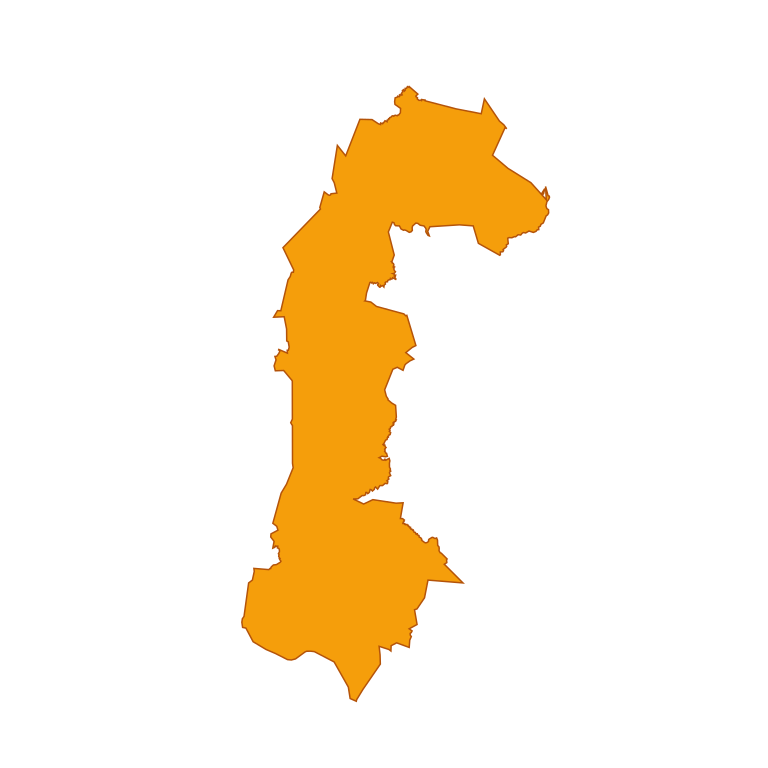 Tamazula, Durango, Mexico (orthographic projection), rotated 42°
{"feature_id": "50627088B45533435131247", "entity_name": "Tamazula", "entity_type": "district", "adm_level": 2, "iso_a3": "MEX", "parent_name": "Mexico", "parent_adm1": "Durango", "projection": "orthographic", "projection_center": [-106.644, 24.97], "detail": "fine", "context": "isolated", "style": "filled", "palette": "amber", "viewbox_px": 768, "rotation_deg": 42, "n_neighbors": 0, "source": "geoboundaries", "source_scale": "gbopen_adm2", "svg_char_len": 6158}
<svg xmlns="http://www.w3.org/2000/svg" viewBox="0 0 768 768"><g transform="rotate(42 384 384)"><path d="M267.8,104.9L275.4,118.1L253.3,131.4L225.7,145.7L224.5,145.5L224.5,146.0L224.0,145.9L221.6,147.4L222.2,148.3L221.2,148.6L220.3,149.8L217.9,149.9L217.4,148.9L215.4,149.1L215.0,148.7L215.2,145.9L203.8,146.1L204.1,146.8L202.4,147.3L202.9,149.2L201.9,150.2L203.2,151.5L203.1,152.8L201.6,152.2L201.3,153.6L202.4,154.4L202.5,156.5L204.0,157.0L203.5,157.8L202.2,158.3L202.1,158.9L203.0,159.4L203.0,160.5L201.6,160.9L201.9,161.9L200.8,163.9L203.0,167.1L205.1,168.9L211.9,168.1L214.7,171.5L214.9,174.3L214.4,174.7L214.4,175.7L212.4,176.8L212.0,178.5L211.2,178.6L210.6,179.5L210.7,180.6L210.0,182.3L210.5,183.3L209.9,183.8L210.3,184.8L209.8,185.8L210.8,187.0L208.6,187.7L208.9,190.3L208.5,190.7L208.8,191.5L206.9,192.3L207.8,193.5L205.6,194.4L198.2,195.5L189.0,203.4L202.9,240.1L189.7,237.9L208.0,266.1L212.3,267.7L221.2,273.7L217.3,278.1L217.7,279.2L217.2,280.3L215.9,280.8L211.0,281.2L218.2,295.8L219.7,296.5L217.7,350.3L240.5,359.6L241.9,361.6L240.8,362.5L240.8,363.6L242.4,366.8L243.0,370.8L258.3,398.6L255.8,400.7L257.3,408.2L264.8,400.8L274.8,408.3L282.9,417.1L284.6,416.7L288.9,420.1L290.3,422.9L289.5,423.7L291.6,425.7L282.7,428.7L282.9,429.2L284.5,428.9L285.4,431.8L285.7,435.2L284.5,436.5L287.6,438.3L290.2,444.1L294.4,446.9L300.4,441.1L313.2,442.9L314.0,443.3L339.4,471.4L340.6,475.2L343.8,476.2L369.1,504.2L372.5,507.0L378.6,523.7L380.6,533.9L394.6,561.9L399.5,561.5L403.0,563.6L400.3,571.0L402.2,573.5L407.6,574.5L411.2,580.4L411.5,579.7L411.3,579.0L411.9,578.8L411.6,577.2L412.3,577.3L412.4,576.6L413.6,575.6L414.4,577.1L416.0,576.6L417.3,577.3L418.6,578.7L419.1,580.8L420.0,580.9L421.1,582.6L422.4,583.0L422.8,583.6L423.4,583.3L423.5,584.0L424.2,584.3L426.0,584.6L426.2,585.8L424.9,590.2L422.9,592.5L422.6,595.3L423.2,596.9L422.8,597.0L422.6,599.0L410.7,608.1L413.0,610.1L417.4,617.8L416.5,622.4L435.5,650.4L435.8,653.2L437.8,656.2L441.8,659.5L444.7,657.8L459.2,663.1L474.0,660.2L483.7,656.9L496.7,653.4L499.8,651.1L502.2,647.5L504.6,636.0L505.3,634.4L508.2,631.7L511.3,629.5L532.9,623.9L560.3,633.1L569.3,640.4L575.7,638.3L574.9,636.9L572.7,625.1L568.7,594.6L562.4,588.0L555.9,582.2L565.3,578.0L567.8,577.8L564.4,573.7L566.6,567.9L579.0,562.9L574.5,557.1L573.3,553.4L571.4,553.0L570.3,551.8L570.6,550.4L570.1,548.7L566.5,549.1L569.5,540.6L557.7,531.3L559.0,529.1L557.2,515.8L547.9,500.3L575.8,479.0L549.4,477.6L550.2,474.7L548.0,472.7L548.0,471.8L539.7,471.4L538.8,471.8L536.5,471.1L534.8,469.0L533.5,468.1L532.0,468.1L528.2,464.2L526.1,463.2L525.3,464.7L522.9,465.3L522.3,465.9L521.3,469.2L521.5,470.1L522.3,471.0L522.3,472.5L521.3,474.2L520.3,474.6L517.1,474.9L516.3,474.8L516.0,474.1L514.2,473.7L512.6,474.2L511.4,473.2L509.3,473.8L508.9,473.1L508.0,474.1L506.7,473.3L505.5,474.0L503.5,472.9L503.2,473.6L501.9,473.2L501.3,473.9L500.5,473.3L499.9,473.6L499.5,472.8L498.5,473.4L497.9,473.0L497.2,473.4L496.4,472.8L496.0,473.2L495.0,473.0L494.3,474.0L493.6,474.0L493.9,474.8L492.9,473.9L491.4,475.0L490.7,473.8L490.9,472.8L490.3,472.4L490.2,471.5L487.9,471.6L486.2,473.0L477.7,459.5L472.7,464.5L453.1,477.4L449.2,486.8L438.0,490.1L441.4,486.8L442.4,481.5L443.7,480.4L444.4,478.7L443.1,476.8L443.8,476.1L445.2,476.4L445.5,475.5L445.5,474.0L444.3,471.6L445.2,471.1L447.0,471.3L447.3,468.8L446.5,467.4L446.6,466.2L449.6,466.4L448.9,462.3L450.9,460.4L451.3,457.1L453.0,456.0L453.0,455.3L452.0,453.9L450.9,454.0L451.2,451.3L450.3,451.2L449.5,450.0L450.3,447.6L447.5,446.4L447.2,445.8L447.3,444.2L446.3,444.2L445.7,442.9L443.7,442.1L441.0,439.2L439.8,437.2L437.6,435.8L436.3,439.5L434.4,439.1L435.1,439.6L435.1,440.6L433.3,441.7L431.1,441.5L429.7,442.0L430.8,439.0L433.8,437.1L434.9,435.5L432.3,433.8L431.3,434.2L430.6,433.6L429.6,433.7L429.0,432.3L428.1,432.0L428.0,429.8L427.0,429.8L425.3,428.8L425.2,429.7L423.7,429.7L423.7,428.1L422.7,424.7L423.4,423.2L422.4,421.6L422.8,420.7L422.0,420.4L422.2,419.1L421.8,418.2L422.4,417.5L421.4,415.6L419.6,415.6L419.5,414.4L418.1,414.1L418.5,412.9L417.6,411.5L418.3,410.3L417.9,409.3L418.6,408.3L418.2,407.3L417.5,407.5L416.7,406.6L417.3,406.0L416.8,405.5L417.6,404.0L417.1,402.5L416.6,402.9L415.3,400.3L406.9,392.1L402.3,393.0L397.5,393.1L397.0,392.4L394.0,391.6L388.4,387.9L380.7,367.1L382.7,362.7L389.0,361.1L386.8,355.9L386.8,354.2L387.8,349.5L389.5,345.5L379.2,346.1L380.5,337.9L382.0,334.1L355.0,317.7L354.5,318.8L351.9,318.6L326.5,331.4L319.4,331.9L314.2,335.0L314.3,334.4L310.1,328.0L305.6,318.0L306.1,317.2L307.1,317.3L307.5,316.2L309.0,316.7L309.2,315.2L310.4,314.9L311.3,312.9L313.0,313.2L312.8,314.4L313.2,314.8L315.9,315.0L316.3,314.7L315.6,313.1L316.5,313.2L317.2,311.8L319.0,312.0L317.9,310.3L318.2,308.8L317.0,307.8L317.2,306.7L318.2,305.7L317.5,304.6L318.0,303.1L318.7,302.6L318.1,301.3L319.1,301.3L319.7,300.6L319.3,299.3L322.7,298.4L322.6,298.0L320.6,297.5L320.4,296.6L319.6,296.8L320.0,295.8L319.8,295.3L318.8,296.1L317.7,295.5L316.8,295.9L317.6,294.7L317.4,292.9L315.9,292.8L314.7,292.2L314.0,291.3L313.2,291.3L313.5,290.0L312.2,290.3L311.7,288.9L310.4,288.2L309.0,288.5L308.7,288.0L307.6,288.1L307.8,287.3L305.3,281.3L285.5,268.1L281.9,258.2L283.5,257.5L285.1,258.5L286.7,258.6L289.7,256.2L292.9,257.4L295.6,256.7L295.9,256.0L297.6,255.1L301.3,254.4L302.3,252.8L302.3,250.9L300.4,249.1L299.5,247.4L300.0,243.1L301.7,242.0L304.7,241.8L307.9,239.8L310.7,240.3L312.1,241.1L312.8,242.5L313.9,243.2L317.3,244.1L318.6,243.6L314.3,241.3L312.9,236.4L333.5,215.3L344.5,206.8L360.0,216.3L383.9,210.9L384.0,210.1L382.1,208.1L383.8,206.2L383.6,204.9L382.5,204.4L383.2,200.5L383.1,199.7L381.8,198.7L382.5,196.6L378.4,192.9L378.9,191.6L381.2,189.7L382.2,187.4L383.3,186.5L383.8,183.3L385.9,181.8L385.8,179.4L386.3,178.1L388.2,177.0L389.4,173.3L393.6,171.4L394.8,168.9L394.7,166.8L395.7,165.7L393.9,164.0L394.6,162.1L393.8,160.4L394.6,157.7L392.0,150.6L392.4,148.8L391.9,146.7L389.6,144.4L387.6,144.7L385.2,143.3L383.1,139.6L382.9,136.7L382.0,134.4L380.9,133.8L380.0,134.3L371.9,129.1L381.3,138.5L375.2,137.8L375.2,135.7L372.7,131.2L373.9,137.7L358.5,136.1L331.9,140.8L311.6,141.4L302.4,112.4L304.4,112.2L299.6,111.2L294.0,111.4L267.8,104.9Z" fill="#f59e0b" stroke="#b45309" stroke-width="1.5"/></g></svg>